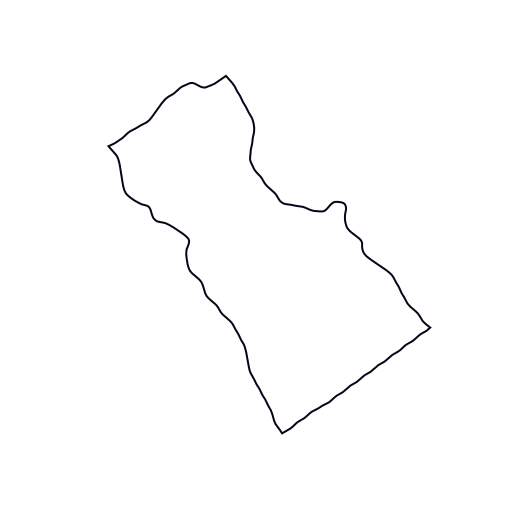 the district of Los Rios, Bahoruco, Dominican Republic, rotated 305°
{"feature_id": "3306468B61523317388818", "entity_name": "Los Rios", "entity_type": "district", "adm_level": 2, "iso_a3": "DOM", "parent_name": "Dominican Republic", "parent_adm1": "Bahoruco", "projection": "albers", "projection_center": [-71.562, 18.559], "detail": "fine", "context": "isolated", "style": "outline", "palette": "ink", "viewbox_px": 512, "rotation_deg": 305, "n_neighbors": 0, "source": "geoboundaries", "source_scale": "gbopen_adm2", "svg_char_len": 3059}
<svg xmlns="http://www.w3.org/2000/svg" viewBox="0 0 512 512"><g transform="rotate(305 256 256)"><path d="M386.3,128.1L373.7,123.4L370.6,121.6L365.0,117.9L364.3,117.0L363.3,115.0L362.8,112.8L362.1,107.0L361.4,104.9L360.8,103.9L359.2,102.4L352.4,98.3L350.1,97.4L343.8,96.0L341.4,95.3L336.0,92.8L332.3,91.7L326.8,91.2L309.8,91.0L307.1,90.8L304.4,90.3L302.0,89.4L296.8,86.6L292.2,84.6L285.8,81.3L283.4,80.5L275.9,78.9L267.2,75.6L261.3,72.2L258.5,83.6L258.0,84.8L256.7,87.1L255.1,89.2L252.4,92.2L240.6,103.6L236.8,107.4L234.3,110.5L233.0,112.9L232.5,114.1L232.0,116.7L231.8,119.3L231.7,123.4L232.0,127.4L232.7,132.5L234.6,137.6L234.8,139.6L234.6,140.7L233.6,142.8L229.8,147.6L228.5,149.7L228.0,150.8L227.6,153.2L227.6,154.4L228.2,156.7L230.1,160.8L231.0,163.2L231.7,167.2L232.1,172.8L232.3,182.7L232.1,186.8L231.7,189.3L231.4,190.4L230.9,191.5L230.1,192.4L229.2,193.1L227.2,194.0L221.6,195.4L219.4,196.6L217.2,198.0L214.2,200.6L210.3,204.4L207.8,207.4L206.4,209.6L205.9,210.8L205.2,213.3L204.3,222.4L203.7,224.9L203.3,226.1L202.7,227.3L201.3,229.5L196.4,235.7L195.1,238.0L194.7,239.2L194.1,241.8L193.3,249.6L192.9,252.1L192.1,254.4L189.6,259.8L189.0,262.2L188.0,271.3L187.5,273.9L186.7,276.2L184.0,281.5L182.0,286.1L178.5,292.3L176.5,296.9L175.0,299.1L171.5,303.2L160.7,314.1L158.9,316.1L157.3,318.3L156.1,320.6L154.0,325.0L151.1,330.2L149.2,334.9L145.7,341.1L143.8,345.8L140.3,352.0L138.2,356.5L136.0,359.8L131.7,365.0L129.6,368.3L127.1,375.6L125.7,379.1L134.3,383.1L136.7,383.8L143.0,385.1L145.3,386.0L150.7,388.5L153.1,389.2L158.1,390.3L160.6,391.1L166.9,394.4L171.6,396.3L177.9,399.7L180.4,400.4L185.4,401.5L187.8,402.2L194.2,405.2L204.1,407.7L210.6,410.8L220.5,413.3L226.9,416.3L236.8,418.8L243.3,421.9L253.2,424.4L259.6,427.4L262.1,428.2L268.3,429.5L270.6,430.4L276.0,433.0L278.4,433.7L284.6,435.1L287.0,435.9L292.3,438.5L297.3,439.8L297.6,434.5L297.9,431.9L298.5,429.4L300.9,424.0L301.7,421.7L302.2,419.2L303.0,411.4L303.9,407.6L304.9,405.4L307.1,401.2L309.1,396.6L312.7,390.5L314.7,385.9L317.4,380.7L318.3,378.2L318.8,375.4L319.1,371.1L318.9,353.5L319.0,349.2L319.2,346.4L319.9,343.7L320.9,341.4L322.3,339.6L323.9,338.0L327.3,335.6L328.0,334.8L328.6,333.8L329.1,332.7L329.6,330.2L330.0,320.6L330.4,317.9L331.1,315.2L332.4,312.8L335.0,309.7L338.1,307.0L341.4,305.0L345.7,303.1L347.4,301.9L348.8,300.2L349.3,299.3L349.5,298.2L349.5,297.1L348.9,295.1L347.0,291.5L345.7,289.8L344.8,289.0L342.8,288.1L340.5,287.6L334.7,287.0L332.5,286.3L331.5,285.7L330.7,284.9L329.4,283.1L326.5,278.2L325.5,276.1L324.8,273.6L323.8,268.6L323.1,266.1L319.9,259.7L317.9,255.1L315.8,251.0L314.9,248.9L314.7,247.6L314.7,245.2L314.9,244.0L315.7,241.9L317.6,237.7L318.3,235.3L319.4,226.2L319.9,223.7L320.6,221.3L323.1,215.9L323.8,213.5L324.8,208.5L325.5,206.0L326.5,203.9L329.9,197.9L331.3,196.1L333.1,194.8L340.1,190.8L345.8,188.4L351.0,185.6L355.6,183.7L357.9,182.4L360.1,180.9L362.1,179.1L364.0,177.1L365.7,175.0L367.1,172.8L369.1,168.2L372.5,161.9L374.5,157.3L378.0,151.1L379.9,146.5L382.7,141.2L384.0,137.7L386.3,128.1Z" fill="none" stroke="#020617" stroke-width="2"/></g></svg>